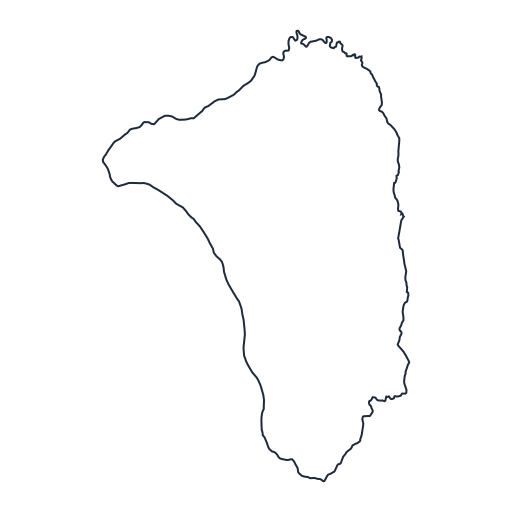 Hatolia, Ermera, East Timor (Equal Earth projection)
{"feature_id": "22284137B62574363374050", "entity_name": "Hatolia", "entity_type": "district", "adm_level": 2, "iso_a3": "TLS", "parent_name": "East Timor", "parent_adm1": "Ermera", "projection": "equal_earth", "projection_center": [125.331, -8.8], "detail": "fine", "context": "isolated", "style": "outline", "palette": "slate", "viewbox_px": 512, "rotation_deg": 0, "n_neighbors": 0, "source": "geoboundaries", "source_scale": "gbopen_adm2", "svg_char_len": 5957}
<svg xmlns="http://www.w3.org/2000/svg" viewBox="0 0 512 512"><path d="M118.1,186.3L126.1,184.0L128.3,183.1L131.5,182.9L140.7,183.2L143.7,183.0L147.1,183.8L149.7,184.7L153.2,187.2L157.5,189.5L167.2,195.7L173.1,200.5L176.4,203.9L182.8,207.4L185.9,210.9L188.4,214.4L191.3,217.3L193.7,219.0L196.0,222.2L200.1,226.7L204.5,233.4L207.7,238.6L209.9,243.3L212.9,248.6L213.8,252.7L216.4,256.2L219.9,259.3L222.0,262.0L222.9,264.7L223.6,267.7L224.0,271.8L226.4,279.7L228.5,284.3L231.4,289.3L236.8,298.3L239.0,301.4L241.5,308.5L242.4,314.6L243.6,319.8L244.5,328.8L244.9,334.3L243.5,347.8L244.1,355.7L245.2,358.4L245.9,360.9L248.2,365.5L252.2,372.3L256.8,377.7L258.3,380.3L260.1,384.4L261.0,386.9L263.3,394.9L264.0,400.1L263.7,409.2L262.6,411.4L262.0,413.6L261.5,417.4L261.4,420.6L261.7,429.7L262.5,432.4L262.8,435.3L264.6,437.4L267.1,443.5L268.2,446.9L269.4,449.1L272.1,451.5L274.0,451.9L275.7,453.0L277.4,455.0L278.4,456.9L279.9,458.4L282.1,459.1L286.7,460.0L288.7,459.9L290.2,459.4L292.1,459.3L293.2,460.4L294.4,462.1L295.3,464.0L297.6,468.1L298.2,472.1L299.0,473.3L302.0,475.9L304.6,476.6L308.1,477.1L310.1,478.2L314.8,478.0L317.2,478.8L320.1,479.1L321.2,479.6L323.2,481.1L323.8,481.3L324.5,480.9L327.4,475.5L328.1,474.7L330.9,473.6L332.9,472.3L334.0,471.9L334.8,470.9L337.2,465.5L337.9,464.5L338.6,464.1L339.7,464.0L340.4,463.4L341.0,462.5L343.2,456.7L345.6,453.8L346.3,452.3L350.5,449.0L351.4,447.9L352.6,445.4L355.5,443.8L357.3,443.2L359.8,441.3L360.2,440.6L360.2,439.5L361.7,434.8L363.1,425.8L363.3,423.6L362.3,419.2L362.5,418.0L362.9,416.8L363.3,416.3L368.2,416.0L369.5,416.1L370.0,415.9L372.6,412.0L372.7,410.5L371.5,408.0L371.1,406.6L370.7,405.7L369.5,404.8L369.0,402.7L369.0,402.0L369.5,400.9L370.2,400.9L371.2,400.0L372.7,397.2L375.3,397.6L375.9,398.2L376.7,399.5L377.6,400.2L378.3,400.4L381.0,400.6L382.3,400.4L384.4,401.2L385.3,400.7L385.7,399.3L385.9,397.8L386.4,396.6L387.3,397.0L388.9,396.4L390.2,398.4L390.7,398.8L391.9,399.1L393.7,398.4L394.1,397.5L394.3,396.7L395.0,396.1L396.7,396.6L399.6,396.1L400.8,395.6L401.3,394.6L402.1,393.6L405.5,393.6L406.0,393.2L406.4,392.4L406.4,389.7L404.3,383.3L404.1,381.7L404.2,380.1L404.8,375.7L405.3,374.5L405.6,373.4L405.5,372.1L407.9,364.9L408.6,363.4L409.2,362.8L409.1,361.7L405.7,355.2L404.9,354.1L403.7,351.9L398.2,345.6L397.7,344.4L399.2,340.7L399.6,339.2L399.6,338.0L400.0,336.6L401.3,334.2L401.6,333.0L401.0,331.4L400.2,330.9L399.8,330.3L399.5,329.7L399.6,328.2L401.0,325.8L401.9,322.8L403.2,320.7L403.5,320.0L403.4,316.8L402.6,311.8L403.4,306.4L403.8,304.8L405.0,302.7L406.8,301.8L407.4,300.5L407.7,298.0L408.4,295.3L408.1,292.7L406.8,292.0L407.2,287.2L406.6,285.6L406.3,282.1L405.5,280.5L405.3,277.3L406.2,271.6L406.1,270.7L404.3,263.1L403.9,259.4L403.5,257.6L402.9,252.8L402.8,251.1L402.4,249.8L400.0,247.7L398.6,239.5L398.1,238.5L401.2,221.0L401.4,220.2L403.8,216.6L403.1,216.0L402.7,214.2L402.3,213.6L401.3,214.1L401.6,213.1L400.7,211.5L398.4,210.9L398.0,209.1L398.4,204.5L397.9,202.3L397.5,200.9L396.7,199.4L395.6,198.3L395.1,197.4L394.5,194.7L393.9,193.0L393.5,190.9L393.5,188.8L394.1,183.0L395.0,182.9L395.7,181.8L396.7,178.4L396.5,175.8L397.9,175.0L398.9,172.1L398.5,171.1L399.3,167.4L399.0,164.8L397.9,161.6L397.7,159.9L397.8,158.4L398.3,156.6L398.5,153.5L398.3,151.9L399.3,140.8L399.3,138.3L397.1,134.5L397.0,133.5L394.7,129.6L390.5,125.0L388.2,123.5L387.4,122.2L386.4,118.3L384.8,116.1L383.2,113.1L381.9,111.7L380.0,111.1L379.1,110.2L379.1,109.4L379.4,108.5L380.1,107.1L381.6,105.3L382.0,102.5L381.5,100.1L381.5,98.6L381.1,97.4L381.1,95.1L380.9,94.1L379.6,91.1L379.3,88.5L378.9,87.0L377.5,86.5L376.8,85.5L376.8,83.6L374.9,80.7L374.5,79.6L373.3,77.6L372.2,74.8L371.8,74.2L371.1,73.8L370.6,73.0L370.2,71.3L367.5,69.2L363.4,67.2L362.1,66.0L361.8,64.9L362.4,63.2L362.3,62.4L361.7,61.3L361.0,60.7L361.1,59.7L361.6,58.6L361.5,56.5L360.8,56.8L359.6,56.5L359.2,56.7L358.6,57.5L355.7,58.0L355.4,57.8L355.3,57.5L355.1,54.5L354.9,54.3L354.6,54.2L353.8,54.7L353.3,55.3L352.6,55.0L351.9,55.8L350.7,56.3L348.9,56.2L347.3,56.4L346.6,55.8L346.6,53.8L346.2,53.3L345.3,53.3L344.1,52.1L343.2,51.8L342.4,51.1L342.0,48.9L342.6,45.8L342.1,44.7L340.3,43.1L340.0,41.9L339.5,41.6L338.9,41.6L338.4,42.2L337.0,42.5L336.8,42.9L336.2,45.9L335.9,46.7L334.6,47.1L333.8,48.1L332.9,48.1L330.6,47.2L329.9,46.1L329.8,45.0L330.2,44.2L330.4,42.8L331.1,42.3L331.8,41.5L332.0,40.9L332.0,39.8L330.9,38.0L328.8,37.0L327.1,37.0L326.4,37.7L326.3,38.5L326.6,39.3L326.7,41.4L326.6,42.4L326.3,42.9L325.6,43.0L324.8,42.6L322.6,39.9L320.7,39.2L319.6,39.2L315.8,40.8L310.4,41.8L308.8,43.2L308.2,44.5L306.8,46.5L306.6,46.7L305.9,46.7L303.9,44.5L302.6,43.8L301.2,43.4L301.2,43.1L301.3,42.0L302.5,40.1L303.6,39.3L305.2,38.7L305.8,38.2L306.0,37.4L305.7,36.8L300.4,34.2L299.2,32.7L298.9,31.7L298.1,30.9L297.8,30.7L296.7,30.9L296.5,31.4L296.4,32.4L296.9,34.2L297.3,35.0L297.5,36.8L297.4,38.8L297.0,39.7L296.4,40.2L295.3,40.6L295.0,40.4L292.9,37.2L292.2,37.0L290.4,37.2L289.9,37.6L289.0,39.4L288.5,41.3L288.5,44.2L289.2,47.9L288.8,50.1L288.4,50.5L287.9,50.7L285.6,50.6L284.5,51.1L283.6,51.9L283.3,53.1L283.4,54.2L283.9,56.2L283.9,57.7L283.3,59.5L282.9,59.9L282.4,60.3L281.7,60.4L278.2,59.7L273.3,56.8L272.6,56.9L271.4,57.5L269.6,59.8L268.9,60.4L265.2,62.2L262.0,62.8L259.4,63.8L257.7,65.6L256.9,67.4L255.4,73.0L254.4,75.9L251.1,80.6L249.1,82.3L243.4,85.9L238.8,90.5L236.6,92.0L234.6,94.1L233.0,95.2L227.2,98.2L225.0,99.1L218.4,99.5L214.6,101.3L208.4,106.0L205.0,107.5L203.8,108.6L202.3,110.9L193.7,118.3L191.2,118.2L187.0,119.3L185.0,119.6L179.4,119.8L176.3,119.0L172.5,116.7L170.6,116.1L168.0,115.7L164.8,115.8L158.7,119.1L154.6,123.8L153.9,124.2L151.3,123.8L148.7,122.2L144.3,122.1L143.3,122.7L141.6,125.2L139.6,127.1L136.5,128.0L132.0,128.8L130.0,129.6L127.5,132.8L125.3,134.3L120.0,138.8L115.2,141.3L113.9,142.5L108.2,150.5L106.0,154.3L104.1,156.8L103.4,158.2L102.8,159.9L103.1,161.9L106.1,166.0L107.6,168.4L108.4,170.4L109.7,174.4L110.0,176.6L110.9,179.0L112.1,181.2L116.2,185.1L118.1,186.3Z" fill="none" stroke="#1e293b" stroke-width="2"/></svg>